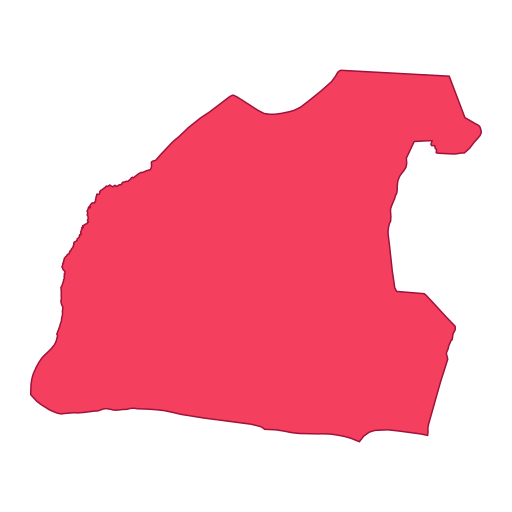 Non Suwan, Buri Ram, Thailand (Mercator projection)
{"feature_id": "78962969B59814899315802", "entity_name": "Non Suwan", "entity_type": "district", "adm_level": 2, "iso_a3": "THA", "parent_name": "Thailand", "parent_adm1": "Buri Ram", "projection": "mercator", "projection_center": [102.532, 14.565], "detail": "fine", "context": "isolated", "style": "filled", "palette": "rose", "viewbox_px": 512, "rotation_deg": 0, "n_neighbors": 0, "source": "geoboundaries", "source_scale": "gbopen_adm2", "svg_char_len": 5805}
<svg xmlns="http://www.w3.org/2000/svg" viewBox="0 0 512 512"><path d="M341.0,70.3L339.5,70.9L338.5,71.6L337.3,73.0L335.6,76.1L331.6,81.6L321.0,91.0L308.1,101.4L300.5,107.2L294.2,110.3L289.8,111.6L281.8,113.3L275.4,114.2L270.1,114.3L264.1,113.5L257.7,110.2L240.7,99.2L240.0,98.9L238.1,97.5L233.9,95.4L233.2,95.2L232.3,95.3L229.7,96.6L209.5,112.0L200.3,118.1L187.8,128.1L186.8,129.2L179.0,136.6L174.4,140.4L171.5,143.1L160.3,155.0L156.0,160.0L155.8,160.2L154.6,160.7L154.0,160.8L153.4,160.9L152.9,161.1L152.1,161.5L151.7,161.8L151.4,162.3L151.4,163.0L151.4,164.2L151.6,165.5L151.5,166.2L151.1,168.1L150.4,169.4L150.2,169.7L149.9,169.8L146.9,170.6L142.4,172.5L141.2,172.4L140.8,172.5L139.3,173.4L138.5,173.8L133.4,177.8L133.1,177.8L132.6,177.3L132.4,177.3L132.2,177.4L131.3,177.9L131.1,178.1L130.8,178.9L129.3,180.1L128.0,181.3L127.7,181.3L126.3,181.3L126.0,181.3L125.4,181.8L124.9,181.9L123.5,182.1L122.9,182.2L122.1,183.0L121.4,184.5L121.2,184.7L120.8,184.7L120.0,184.6L119.6,184.7L118.0,185.5L117.5,186.1L116.4,186.4L116.0,186.3L115.7,185.7L115.4,185.5L115.0,185.4L114.7,185.4L114.2,185.6L113.4,186.5L113.1,186.7L112.9,186.7L112.1,186.4L111.3,186.1L110.2,185.2L109.7,185.1L109.3,185.2L108.6,185.9L107.9,186.3L107.5,186.3L106.7,186.1L106.4,186.1L105.9,186.5L105.6,187.0L104.4,187.9L102.1,189.7L101.2,190.1L99.8,191.5L99.7,191.7L99.8,192.3L99.7,192.6L99.4,193.9L99.3,194.1L98.8,194.3L98.4,194.3L98.1,194.3L97.2,194.1L96.9,194.2L96.7,194.5L96.6,195.8L96.2,196.5L95.8,198.8L95.6,199.4L95.5,200.9L95.4,201.2L94.8,201.9L94.6,202.8L94.3,203.0L94.1,203.0L93.1,202.8L91.9,203.1L91.6,203.3L91.0,204.3L90.0,205.4L89.9,205.6L89.9,205.8L90.3,206.7L90.3,207.3L90.2,207.6L90.1,207.8L89.9,207.8L89.7,207.7L89.2,207.1L88.7,207.0L88.4,207.4L88.5,208.0L88.4,208.3L88.0,209.0L87.8,209.8L87.1,211.1L87.2,211.6L87.6,212.6L87.7,213.7L87.6,213.9L87.3,214.3L87.2,214.9L87.3,215.2L87.9,216.0L88.0,216.4L88.2,218.7L88.2,218.9L87.5,219.9L87.5,220.4L87.7,221.0L88.1,221.4L88.3,221.9L88.3,222.1L87.5,222.5L87.0,223.4L86.0,224.1L85.5,224.1L85.3,224.2L84.8,224.7L82.8,225.7L82.6,225.9L82.5,226.1L82.6,226.3L83.2,226.9L83.3,227.1L83.3,227.3L83.2,227.5L81.9,227.7L81.7,227.9L81.7,228.2L81.9,228.5L82.0,228.9L81.3,230.1L81.2,230.9L80.8,231.6L80.7,232.3L80.7,232.9L81.2,233.5L81.3,233.8L81.2,234.1L80.9,234.4L79.7,234.7L79.6,234.9L79.5,235.2L79.4,235.5L79.6,236.2L79.6,236.4L79.1,236.9L78.9,237.4L77.9,238.4L77.5,238.6L77.3,238.8L77.1,239.4L77.2,240.2L77.1,240.5L76.0,241.2L74.8,241.8L74.0,242.4L73.7,243.6L73.9,244.8L73.8,245.0L73.3,245.6L73.3,246.5L71.8,248.7L71.3,249.1L71.0,250.4L70.9,250.6L70.6,250.8L70.2,250.8L69.8,251.6L69.4,252.2L69.4,253.1L69.2,253.5L68.6,254.0L67.8,254.3L67.1,254.9L66.9,255.2L66.7,255.9L66.5,256.1L65.9,256.5L65.2,257.2L64.9,257.9L64.3,258.4L64.3,258.7L64.3,259.5L63.8,260.1L63.8,260.8L63.4,261.5L63.4,261.9L63.5,262.4L63.5,262.7L63.0,263.1L62.7,263.7L62.8,264.7L62.0,266.6L62.0,267.1L62.2,267.5L62.6,267.9L62.7,268.6L63.4,270.1L64.2,270.5L64.3,270.8L65.0,272.0L65.1,272.3L65.1,272.8L65.0,273.0L64.4,273.5L64.3,273.8L64.3,274.1L64.6,275.0L64.3,275.4L64.3,276.1L64.1,276.8L64.2,277.1L64.5,277.5L64.5,277.8L63.7,279.7L63.2,282.0L62.1,285.3L60.9,287.6L61.2,289.5L61.2,290.8L61.3,293.3L61.2,295.3L61.3,297.5L61.4,298.5L60.9,301.0L60.9,301.5L61.3,303.4L61.9,305.4L62.7,306.6L62.8,307.3L62.8,309.0L62.5,310.5L62.4,311.5L62.5,314.6L61.8,317.7L61.5,319.4L61.4,320.9L61.3,321.3L60.4,323.7L59.9,325.9L57.2,333.1L56.9,333.8L56.9,334.6L57.5,335.3L57.6,335.5L57.6,335.9L57.3,336.7L56.3,340.8L55.3,343.1L53.9,345.6L53.1,346.3L51.0,349.0L50.6,349.3L48.0,351.9L44.4,355.3L42.4,357.4L41.6,358.4L39.0,362.2L36.2,367.3L33.4,373.6L32.4,376.7L31.8,379.4L31.0,384.4L30.7,394.7L36.8,401.3L40.7,404.3L45.2,407.2L49.3,409.8L54.8,412.2L58.2,413.4L61.2,413.9L65.4,413.4L74.1,412.7L77.6,412.9L83.3,412.5L94.3,411.1L97.7,410.9L98.2,410.8L102.9,409.1L105.7,408.6L106.4,408.7L110.2,409.2L111.3,409.5L113.3,410.0L114.3,410.1L117.0,410.1L120.4,409.8L122.5,409.5L127.1,409.3L130.3,408.4L134.4,408.3L138.0,408.8L147.5,409.1L156.2,409.7L164.1,410.6L172.3,412.3L181.1,414.4L204.9,418.2L251.0,424.2L259.9,426.4L262.2,427.4L264.6,429.3L275.5,429.8L279.0,430.3L284.6,431.2L288.9,432.1L292.8,432.8L299.6,433.5L318.4,433.9L320.8,433.8L325.9,433.9L330.7,434.1L336.3,434.9L341.8,435.9L346.2,436.9L350.6,438.2L359.4,441.7L363.7,436.1L369.4,432.1L374.9,430.4L387.9,429.8L399.6,431.1L421.6,434.1L427.6,435.4L428.0,431.9L427.9,427.6L428.7,423.8L439.9,384.1L440.8,381.0L444.0,371.1L447.6,359.7L447.7,358.9L446.4,353.7L446.4,353.1L446.6,352.4L448.2,348.6L448.6,346.2L450.2,342.6L451.0,340.5L451.1,340.4L451.6,340.2L452.0,339.9L452.1,339.5L452.5,337.6L452.8,335.1L453.1,333.7L453.7,332.5L454.4,331.4L454.9,330.4L455.2,329.6L455.3,328.5L455.1,326.2L445.9,316.7L432.7,302.3L426.3,295.5L424.3,293.7L396.6,291.4L394.7,287.6L394.0,282.3L393.8,281.2L392.3,271.1L389.4,244.6L388.1,234.0L388.1,230.8L388.6,227.0L388.8,226.0L389.4,223.7L390.6,221.1L390.7,220.8L390.7,219.1L390.9,216.8L390.5,211.1L390.7,208.3L392.0,204.8L393.9,200.3L394.5,199.1L394.8,198.4L394.9,197.3L395.2,196.3L396.8,193.0L397.2,190.1L397.2,186.8L397.7,181.8L397.8,181.1L398.1,180.1L399.4,176.9L400.0,175.7L400.6,174.8L402.3,172.6L404.1,170.3L406.0,167.2L406.6,164.2L406.7,163.0L406.6,161.3L406.5,160.3L406.5,159.4L406.3,158.3L414.2,141.5L427.0,140.8L432.0,140.7L431.6,142.3L431.0,143.9L431.0,144.4L431.6,145.6L434.8,145.7L435.0,145.8L435.0,147.8L435.1,148.2L435.3,148.5L436.5,149.5L436.5,150.6L436.2,152.1L436.2,152.3L436.2,152.6L436.5,152.9L438.4,153.2L441.2,153.4L449.5,153.8L453.2,154.0L455.8,153.9L460.2,153.2L461.3,153.0L462.8,153.0L464.3,153.0L468.9,148.9L470.1,147.6L473.3,143.4L474.6,141.8L477.9,138.2L480.0,135.6L480.9,133.6L481.3,132.1L481.0,130.3L480.5,128.5L479.8,126.7L478.5,125.3L475.2,123.6L464.9,117.6L449.2,76.2L341.0,70.3Z" fill="#f43f5e" stroke="#9f1239" stroke-width="1.5"/></svg>